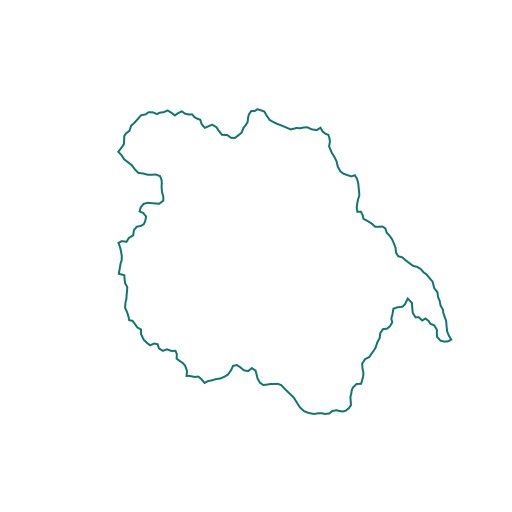 Cláudio, Minas Gerais, Brazil (Natural Earth projection), rotated 151°
{"feature_id": "56859067B78094435650232", "entity_name": "Cláudio", "entity_type": "district", "adm_level": 2, "iso_a3": "BRA", "parent_name": "Brazil", "parent_adm1": "Minas Gerais", "projection": "natural_earth1", "projection_center": [-44.782, -20.402], "detail": "fine", "context": "isolated", "style": "outline", "palette": "teal", "viewbox_px": 512, "rotation_deg": 151, "n_neighbors": 0, "source": "geoboundaries", "source_scale": "gbopen_adm2", "svg_char_len": 3759}
<svg xmlns="http://www.w3.org/2000/svg" viewBox="0 0 512 512"><g transform="rotate(151 256 256)"><path d="M250.8,418.5L255.6,418.7L258.7,418.2L260.3,421.8L262.7,426.1L267.2,426.6L270.9,428.1L273.8,428.1L276.6,431.7L280.3,433.8L284.0,433.4L288.2,434.8L293.9,432.8L297.8,431.4L302.0,430.5L306.1,426.8L310.1,426.3L313.1,424.8L314.9,421.7L317.4,417.8L322.4,415.4L325.9,413.9L324.7,409.3L324.4,404.4L322.5,400.0L320.6,395.7L319.9,390.2L318.6,385.7L314.5,382.7L311.4,379.6L308.0,377.7L304.2,375.9L301.2,372.4L301.6,368.7L303.0,365.5L305.1,362.2L307.1,357.8L308.4,352.7L310.2,349.4L315.3,348.6L318.9,351.0L322.1,353.1L325.1,355.1L329.1,356.1L333.3,354.4L336.2,351.4L333.8,348.4L333.0,343.8L335.9,340.3L338.6,338.3L342.0,338.1L346.1,339.4L350.3,337.8L353.4,333.6L358.5,333.4L362.3,331.2L366.3,334.1L369.9,334.1L370.6,329.8L371.7,325.9L373.3,321.3L375.5,317.4L377.8,315.4L379.9,312.8L382.1,310.1L384.6,307.0L380.5,303.0L382.4,298.9L383.7,295.6L383.7,291.2L385.5,288.3L388.0,284.7L390.1,281.4L392.7,278.6L395.6,274.2L396.0,269.6L396.7,265.6L398.0,261.3L395.4,259.1L394.8,254.7L394.5,251.2L392.2,247.4L394.4,243.5L394.8,237.3L393.5,232.8L391.9,229.2L387.5,228.8L384.8,226.5L385.7,222.2L383.4,218.2L379.2,217.6L375.8,213.8L372.4,212.1L372.8,208.5L375.2,204.8L373.4,200.7L371.9,197.9L371.2,194.3L372.1,188.8L374.9,184.8L372.4,183.4L368.3,180.0L364.8,178.4L363.4,174.4L362.5,169.9L358.7,169.9L355.2,168.7L351.0,167.8L346.3,166.1L341.6,165.7L337.8,165.9L333.1,168.3L329.3,171.0L325.6,169.9L323.8,166.5L322.0,161.9L318.7,159.1L314.0,160.0L312.0,156.0L312.9,152.1L314.0,148.3L314.0,143.3L312.3,139.8L309.1,138.3L305.6,137.1L301.4,134.9L298.8,133.5L296.5,130.8L295.3,126.0L293.6,120.3L291.6,114.0L291.3,107.7L291.0,102.5L289.3,97.2L286.5,93.7L284.2,91.6L281.6,89.6L278.0,88.3L274.9,86.7L272.0,84.3L268.3,82.7L264.4,83.4L260.4,82.1L258.1,79.9L255.4,77.9L252.6,77.2L248.4,77.9L245.3,79.5L243.5,83.2L241.8,86.9L239.3,89.6L237.3,92.2L234.9,94.0L230.1,95.3L226.0,93.3L223.5,95.8L220.6,98.8L218.5,102.1L217.4,106.0L215.4,110.3L210.7,112.9L205.9,112.7L201.8,114.8L199.1,116.0L195.7,118.0L191.7,121.7L187.6,124.3L184.7,128.3L180.4,130.5L176.7,128.9L173.0,129.6L169.1,131.8L167.9,135.8L164.9,138.8L161.4,143.3L157.4,142.6L152.3,140.6L149.2,141.5L146.8,143.2L143.9,145.2L142.4,139.3L144.5,134.9L146.5,130.1L146.2,125.0L143.4,123.7L141.9,119.0L138.1,119.2L136.6,115.6L136.3,112.0L133.7,109.0L133.6,103.5L135.4,100.6L136.8,97.7L135.7,92.5L132.8,89.8L129.5,88.3L125.8,88.2L125.9,93.3L125.4,97.3L123.6,101.7L121.3,106.7L120.4,111.8L119.8,115.3L118.6,118.4L118.6,123.2L117.2,127.4L116.6,132.0L114.9,136.4L115.7,141.3L114.0,148.1L115.1,153.3L115.7,157.1L117.4,160.6L118.2,164.6L120.4,168.5L123.4,171.2L125.1,174.9L127.3,179.9L128.7,183.9L131.8,186.9L131.9,191.1L130.0,195.5L129.3,200.0L128.9,204.2L129.3,208.9L130.4,213.0L129.5,217.3L131.0,220.4L134.0,221.8L137.5,223.7L139.2,228.5L141.4,232.5L144.0,236.4L142.9,240.0L142.8,243.9L145.9,245.5L144.4,249.6L141.7,253.2L139.1,256.2L136.1,259.1L133.3,265.5L131.1,270.6L130.2,274.9L130.4,278.7L134.0,279.4L137.0,282.6L139.7,285.7L141.1,289.0L141.2,294.5L139.7,299.5L139.4,304.2L139.7,309.6L138.9,316.5L136.0,320.0L134.7,323.3L134.0,326.8L136.1,329.5L137.4,332.8L137.4,336.9L141.9,336.7L145.9,339.8L148.7,343.7L152.1,345.3L155.7,346.4L158.3,348.3L161.2,349.0L164.3,349.9L167.3,353.8L170.7,358.1L173.6,361.5L176.0,364.9L178.1,368.4L178.6,373.4L178.7,378.4L181.5,381.5L183.6,383.7L186.5,383.4L190.0,385.1L193.7,383.2L196.2,380.4L198.2,377.4L200.8,375.8L204.7,374.2L208.9,370.8L214.3,369.9L217.2,369.5L220.5,371.4L222.4,375.6L227.1,378.6L227.9,383.9L228.2,387.9L230.6,392.0L234.6,392.5L238.6,392.9L239.6,397.8L238.7,402.2L240.8,404.6L242.5,407.3L243.2,410.8L246.1,412.3L249.0,414.8L250.8,418.5Z" fill="none" stroke="#0f766e" stroke-width="2"/></g></svg>